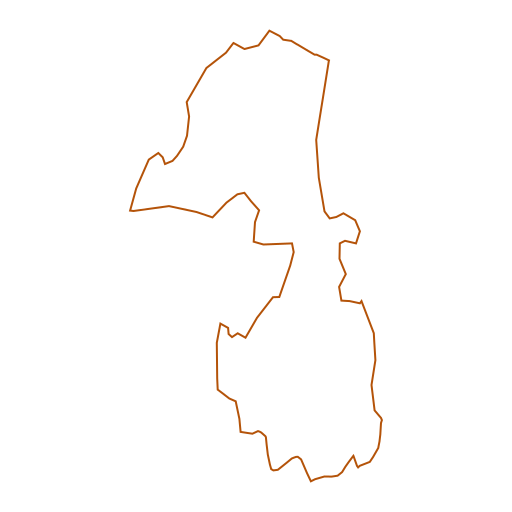 outline of An Nuhud, North Kordufan, Sudan
{"feature_id": "16777658B62353241688309", "entity_name": "An Nuhud", "entity_type": "district", "adm_level": 2, "iso_a3": "SDN", "parent_name": "Sudan", "parent_adm1": "North Kordufan", "projection": "equal_earth", "projection_center": [28.354, 13.164], "detail": "fine", "context": "isolated", "style": "outline", "palette": "amber", "viewbox_px": 512, "rotation_deg": 0, "n_neighbors": 0, "source": "geoboundaries", "source_scale": "gbopen_adm2", "svg_char_len": 1923}
<svg xmlns="http://www.w3.org/2000/svg" viewBox="0 0 512 512"><path d="M374.3,342.4L373.8,333.2L361.5,301.1L359.9,303.3L349.7,301.1L341.4,300.6L339.1,286.9L345.8,274.1L339.5,258.8L339.8,243.4L345.0,240.8L356.0,243.4L359.9,231.3L355.2,220.2L343.4,213.3L336.3,217.0L329.7,218.4L324.5,211.4L318.8,177.7L316.2,139.9L319.8,117.3L322.8,98.7L328.8,61.1L329.0,60.4L328.8,60.3L323.1,57.6L319.3,55.9L316.7,54.7L314.6,54.7L309.2,51.5L308.8,51.3L297.6,44.6L297.0,44.3L296.9,44.3L291.2,40.8L290.7,40.8L283.2,39.7L281.2,37.6L279.8,36.1L269.4,30.7L265.4,36.1L263.4,38.8L258.5,45.4L244.5,49.0L244.4,49.0L233.5,43.0L233.2,43.3L226.0,52.7L206.4,68.0L186.7,102.1L189.1,116.5L187.0,135.8L183.2,146.7L177.0,155.9L172.5,160.9L165.0,164.0L162.7,157.3L158.3,153.0L148.8,159.6L136.2,188.5L130.1,210.6L133.5,211.0L169.0,206.1L196.5,212.0L212.5,217.4L226.5,202.6L237.4,194.3L244.4,192.8L251.0,201.2L259.1,210.3L255.0,222.1L253.7,241.7L263.4,244.5L292.0,243.4L293.7,252.1L290.2,265.6L279.3,297.0L273.0,297.2L257.0,317.8L245.5,337.7L237.7,333.3L232.0,337.1L228.6,334.0L228.1,327.9L220.4,323.6L216.8,342.8L217.2,378.5L217.7,389.6L226.2,396.1L229.3,398.5L235.7,401.3L239.4,418.9L240.0,425.5L240.6,431.9L247.0,432.9L252.4,433.7L258.0,431.1L259.7,431.7L261.2,432.5L264.6,435.5L265.4,436.2L265.9,437.2L266.6,444.3L267.8,454.5L269.9,464.5L271.2,469.1L273.4,470.4L277.8,469.8L278.2,469.5L281.1,467.2L286.6,462.8L291.8,458.5L292.0,458.4L294.0,457.6L296.0,456.9L297.8,456.8L301.1,459.4L307.0,473.1L310.9,481.3L315.1,479.2L324.4,476.5L331.7,476.6L337.6,475.7L338.0,475.4L342.1,472.1L345.4,466.7L348.8,461.9L353.4,455.8L353.5,456.0L357.0,465.9L358.1,467.4L358.3,467.2L358.5,467.0L359.8,465.8L364.7,463.9L369.8,461.9L372.2,458.3L372.9,457.3L378.3,447.9L378.4,447.1L379.5,441.4L380.0,437.0L380.3,434.6L381.0,423.0L381.9,420.1L381.8,419.9L381.0,417.9L379.7,416.4L374.6,410.4L371.5,385.0L375.4,360.2L374.3,342.4Z" fill="none" stroke="#b45309" stroke-width="2"/></svg>